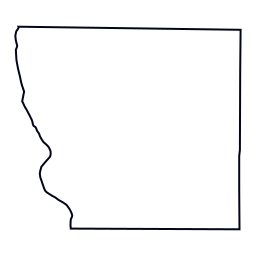 Adams, Illinois, United States of America (Robinson projection)
{"feature_id": "52423323B85732268037337", "entity_name": "Adams", "entity_type": "district", "adm_level": 2, "iso_a3": "USA", "parent_name": "United States of America", "parent_adm1": "Illinois", "projection": "robinson", "projection_center": [-91.398, 39.979], "detail": "fine", "context": "isolated", "style": "outline", "palette": "ink", "viewbox_px": 256, "rotation_deg": 0, "n_neighbors": 0, "source": "geoboundaries", "source_scale": "gbopen_adm2", "svg_char_len": 904}
<svg xmlns="http://www.w3.org/2000/svg" viewBox="0 0 256 256"><path d="M240.2,70.2L240.6,29.8L18.4,26.7L18.6,27.4L18.2,28.6L16.7,30.6L16.1,31.8L15.4,35.3L15.4,36.4L15.8,40.1L17.2,45.9L17.1,46.5L15.9,49.8L15.9,50.8L16.4,59.5L16.8,62.2L18.0,68.5L19.9,76.3L21.1,82.1L22.0,85.4L24.1,91.6L22.2,101.2L25.0,107.2L26.2,109.0L28.7,113.7L31.8,119.9L32.5,122.1L32.7,123.6L33.2,125.1L33.8,126.1L35.4,127.0L35.7,127.4L37.2,131.0L39.1,133.7L40.0,136.4L42.1,140.1L43.8,142.4L44.4,142.9L46.8,145.0L48.1,146.4L49.5,148.6L50.5,151.0L50.7,153.5L50.3,156.1L49.9,156.9L46.9,160.2L41.4,166.7L40.1,171.5L39.8,173.8L40.3,177.3L44.2,188.7L45.4,191.0L46.7,192.3L52.3,195.9L55.4,197.5L58.5,199.9L63.1,202.5L66.0,204.5L67.1,205.6L69.8,209.5L71.5,212.9L72.2,215.4L72.1,216.5L70.9,219.1L70.6,221.2L70.5,225.7L70.8,228.6L239.5,229.3L239.2,188.9L239.2,156.1L239.9,149.9L240.2,70.2Z" fill="none" stroke="#020617" stroke-width="2"/></svg>